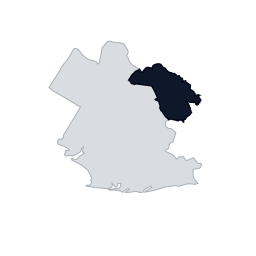 Haut-Ogooué highlighted on a map of Gabon, rotated 301°
{"feature_id": "GAB-2627", "entity_name": "Haut-Ogooué", "entity_type": "Province", "adm_level": 1, "iso_a3": "GAB", "parent_name": "Gabon", "parent_adm1": "", "projection": "natural_earth1", "projection_center": [13.705, -1.23], "detail": "fine", "context": "in_parent", "style": "filled", "palette": "ink", "viewbox_px": 256, "rotation_deg": 301, "n_neighbors": 0, "source": "natural_earth", "source_scale": "10m", "svg_char_len": 7439}
<svg xmlns="http://www.w3.org/2000/svg" viewBox="0 0 256 256"><g transform="rotate(301 128 128)"><path d="M169.7,43.5L169.5,45.4L167.6,50.3L166.7,54.1L166.4,58.1L167.0,61.3L167.9,63.6L168.5,66.1L168.1,67.8L167.1,68.6L167.8,69.5L169.2,69.7L171.6,68.9L175.3,67.6L180.2,65.7L183.4,64.6L188.7,65.3L191.5,66.0L193.0,67.4L194.5,73.1L195.3,74.0L196.6,76.4L197.6,79.3L197.9,80.8L197.7,81.9L196.7,83.5L195.5,85.8L195.0,87.2L194.0,88.3L192.7,89.3L189.2,89.7L188.7,90.3L187.7,92.8L185.8,94.9L185.0,96.9L184.2,99.6L184.4,102.9L184.0,107.6L183.6,110.8L184.5,111.9L188.8,112.7L189.6,113.3L190.7,115.3L192.1,117.2L196.0,118.4L197.5,119.8L198.7,121.3L198.9,122.6L198.0,127.8L197.2,132.7L197.5,136.5L197.8,140.0L198.3,145.3L198.1,148.4L197.0,150.4L197.0,151.9L197.5,153.8L196.5,158.8L195.9,159.7L194.1,160.6L193.2,162.0L193.0,164.2L192.0,167.1L191.1,168.2L191.1,169.5L192.0,170.5L192.0,172.1L190.2,173.9L189.2,175.3L186.9,175.9L184.3,175.2L183.7,174.2L184.3,172.6L184.1,171.4L183.2,170.0L181.7,166.6L180.5,165.9L179.8,167.3L177.7,169.9L173.9,173.2L171.2,173.5L166.3,172.5L162.2,170.9L160.3,167.0L159.1,163.8L157.4,160.0L155.4,158.3L153.3,157.1L152.4,157.0L149.4,159.1L148.5,159.9L148.5,161.7L148.7,163.3L149.2,164.1L149.6,165.2L149.5,166.8L149.0,169.0L148.8,171.4L139.4,173.7L137.8,172.9L136.6,171.8L135.2,172.0L131.1,173.2L129.6,172.4L128.1,171.7L127.4,172.2L127.4,173.3L128.1,178.9L127.9,181.1L126.9,183.9L126.5,185.8L129.0,186.3L129.9,187.2L130.7,188.6L131.9,190.0L132.0,190.8L130.7,192.2L130.2,194.1L130.8,195.5L132.5,197.0L135.0,198.5L136.2,199.5L136.1,200.4L135.0,202.4L134.5,204.1L133.7,205.6L133.9,207.0L135.0,208.3L134.9,209.4L134.1,210.3L132.6,210.1L131.3,210.2L130.1,209.9L126.4,205.4L125.6,205.3L120.3,208.7L119.0,210.1L117.9,212.2L116.5,216.5L114.0,214.0L111.9,209.3L109.5,206.4L104.4,201.8L103.0,198.4L97.2,190.8L88.8,183.3L82.7,176.7L81.8,175.3L82.8,175.5L88.7,178.7L89.5,178.4L90.1,177.6L87.6,175.9L85.2,174.6L82.9,173.7L80.6,173.8L79.4,172.4L78.5,170.3L78.1,168.5L77.1,166.6L73.9,162.8L73.1,161.3L71.3,159.2L72.4,158.9L75.9,160.9L76.2,160.1L75.9,159.0L72.4,157.1L70.5,157.0L70.1,155.7L70.3,154.2L67.9,148.5L65.3,144.3L64.9,142.3L71.8,151.5L72.8,151.6L74.0,151.6L76.9,150.5L76.3,149.3L75.0,148.0L73.8,148.6L72.1,148.7L71.3,148.2L70.9,147.2L72.5,142.7L71.8,143.0L71.3,143.8L70.4,144.1L69.0,144.4L65.6,142.0L62.5,135.5L61.7,134.2L60.9,132.0L60.1,131.0L56.7,121.8L58.0,122.5L59.6,125.2L62.7,124.6L63.9,123.1L64.9,123.1L66.0,122.8L67.3,121.3L71.3,115.0L72.3,106.7L72.0,101.7L71.4,96.8L72.7,95.2L73.2,96.3L73.5,98.0L74.1,99.3L75.5,100.5L78.1,100.8L82.1,102.6L83.6,103.8L84.0,101.4L88.6,99.5L87.2,98.8L83.1,99.5L77.4,96.6L75.5,94.7L73.8,91.2L72.0,89.3L72.1,87.6L76.2,86.1L77.2,86.3L77.7,88.1L78.8,88.8L79.2,88.6L79.4,87.0L79.4,82.8L78.1,76.8L78.5,75.6L79.6,75.2L80.6,74.4L81.3,74.3L82.7,74.4L83.4,75.8L83.8,76.6L85.2,76.9L86.3,77.7L87.3,77.5L88.1,76.6L89.3,76.4L93.0,76.4L96.4,76.5L103.0,76.5L109.7,76.5L116.4,76.5L121.5,76.5L121.4,73.1L121.4,67.8L121.4,61.5L121.4,55.5L121.3,49.9L121.3,43.3L121.6,41.4L121.9,40.6L121.8,39.5L127.0,39.5L136.3,39.9L140.4,39.9L141.6,40.0L146.7,39.6L150.9,40.0L152.6,40.5L154.2,40.7L159.2,41.0L165.7,40.7L167.9,40.8L169.1,41.7L169.7,43.5Z" fill="#d9dde1" stroke="#a8b0b8" stroke-width="1"/><path d="M184.3,107.6L183.2,109.4L182.9,110.1L182.9,110.9L184.0,112.4L184.2,112.6L184.3,112.5L184.7,112.4L184.8,112.3L184.8,112.1L184.9,111.9L185.1,111.8L186.0,111.9L186.2,112.0L186.4,112.2L186.6,112.5L187.5,112.2L188.5,112.4L189.4,112.9L190.0,113.6L190.5,114.6L190.8,115.7L190.9,116.9L191.0,118.0L191.4,117.7L191.8,117.6L192.2,117.6L192.7,117.8L193.1,117.9L193.5,117.7L193.8,117.5L194.3,117.4L194.9,117.7L195.9,118.2L196.7,118.8L197.3,119.6L198.2,120.4L198.5,120.8L199.1,122.1L199.3,123.0L199.2,123.9L198.2,126.4L198.0,127.1L198.0,127.8L198.2,128.5L198.3,129.4L198.0,130.0L197.6,130.6L197.2,131.3L197.1,131.9L197.0,133.1L196.7,133.7L196.7,134.2L197.4,136.4L197.7,137.0L197.7,137.3L197.7,137.6L197.6,138.1L197.6,138.3L197.8,138.7L197.9,138.8L198.3,139.3L198.5,139.6L198.5,139.9L198.5,140.8L198.4,141.4L198.3,141.7L198.2,142.0L197.8,142.4L197.6,142.6L197.5,142.9L197.7,143.5L198.1,143.9L198.9,144.6L199.1,145.1L198.9,145.5L198.6,145.7L198.3,146.0L198.2,146.3L198.2,147.0L197.8,147.8L198.2,148.2L198.4,148.7L198.5,149.1L197.6,149.3L197.5,149.5L197.4,149.9L197.2,150.2L197.0,150.4L196.8,150.5L196.3,150.7L196.0,150.9L196.2,151.1L196.7,151.4L197.0,152.6L197.4,152.7L197.9,152.8L198.1,153.0L197.5,153.4L197.2,153.8L197.1,154.4L197.0,156.7L196.8,157.4L196.8,157.7L197.0,158.9L196.8,159.3L196.2,159.7L196.1,159.8L193.3,161.0L193.1,161.3L193.0,161.5L192.9,161.7L192.9,162.0L192.8,162.3L192.8,162.5L193.1,162.8L193.2,163.0L193.2,163.3L193.1,163.9L192.9,165.4L192.8,165.8L192.6,166.0L192.2,166.2L192.1,166.3L192.1,166.6L192.2,167.1L192.2,167.3L191.9,167.7L191.0,168.1L190.7,168.4L190.8,169.3L192.6,171.2L192.8,172.1L192.7,172.0L191.5,172.3L191.3,172.4L191.1,172.6L190.6,173.1L190.4,173.3L190.3,173.6L190.3,174.4L190.1,174.6L189.9,174.8L189.7,175.1L189.5,175.6L189.4,176.0L189.0,176.2L188.8,176.1L188.4,175.8L188.2,175.8L186.9,176.3L186.7,176.3L186.5,176.1L186.5,175.6L186.2,175.4L185.8,175.5L185.3,175.8L184.8,175.9L184.2,175.9L183.7,175.7L183.3,175.3L183.3,175.1L183.3,174.0L183.5,173.8L184.0,173.5L184.3,172.6L184.6,172.4L184.7,172.2L184.4,171.7L184.2,171.5L183.9,171.3L183.7,171.1L183.6,170.3L183.5,170.1L183.0,169.5L182.7,169.0L182.1,167.7L181.9,166.5L181.7,165.9L181.4,165.4L181.1,165.0L180.8,164.8L180.7,164.7L180.7,164.9L180.2,165.8L179.9,166.3L179.8,166.7L179.8,167.2L179.7,167.5L179.5,167.8L177.6,169.9L177.5,170.2L177.4,170.8L177.3,171.1L177.0,171.3L176.5,171.5L176.2,171.7L175.9,171.9L175.6,172.4L175.4,172.7L174.6,173.3L174.3,173.6L174.2,173.9L174.1,174.1L174.0,174.4L173.7,174.5L173.4,174.1L173.2,174.1L172.9,174.2L172.2,174.1L171.8,174.2L171.3,174.2L167.0,172.3L166.8,172.3L166.5,172.3L166.0,172.6L165.8,172.7L165.3,172.6L163.7,171.7L163.1,171.6L162.7,171.7L162.3,172.2L162.0,172.6L161.7,172.6L161.6,172.4L161.7,172.1L162.0,171.9L162.1,171.7L162.2,171.4L162.3,171.2L162.3,170.9L162.4,170.6L162.5,170.4L162.7,170.2L162.6,169.8L162.4,169.8L162.2,169.6L162.1,169.4L162.0,168.6L161.8,168.3L161.3,167.4L161.1,167.2L160.5,167.5L160.2,167.5L160.0,167.0L160.0,166.7L159.9,166.5L159.6,166.2L159.6,165.8L159.7,165.6L159.7,165.4L159.8,165.3L159.9,165.1L159.4,165.0L159.3,164.8L159.4,164.6L159.3,163.8L159.2,163.7L158.8,163.2L158.7,163.0L158.5,162.4L157.9,160.4L157.6,159.7L157.2,159.3L156.2,158.9L156.1,158.7L156.5,157.6L156.6,156.8L157.0,156.0L157.0,155.7L156.9,155.1L156.9,154.8L158.8,150.5L159.2,149.9L159.3,149.6L159.4,149.3L159.6,149.0L159.8,148.7L159.9,148.4L159.9,147.6L160.0,147.3L160.2,146.9L160.4,146.6L160.7,146.4L160.9,146.2L161.1,145.9L161.2,145.4L161.5,145.1L162.2,144.7L162.4,144.7L162.5,144.7L162.9,144.7L163.1,144.6L163.4,144.4L163.6,144.2L163.8,143.9L164.2,143.4L164.4,143.1L164.6,143.0L165.0,142.8L165.2,142.6L165.6,141.8L165.9,141.5L166.1,141.3L166.4,141.2L166.5,140.9L166.6,140.3L166.7,139.1L166.6,138.1L166.3,137.0L166.3,136.8L166.5,136.6L168.3,137.6L168.8,138.0L169.0,138.0L169.1,137.8L173.1,132.2L176.2,126.9L176.2,126.5L176.0,125.8L169.9,111.8L169.7,111.6L169.4,111.5L169.2,111.4L168.9,111.3L168.7,111.1L168.6,110.8L168.6,110.4L168.5,109.8L168.3,108.7L168.2,108.4L168.0,108.2L167.9,108.0L168.1,107.7L168.7,106.7L169.3,105.3L169.4,103.9L174.0,104.1L174.9,104.0L175.3,104.1L180.2,105.3L180.7,105.5L181.3,105.9L182.5,106.9L184.3,107.6L184.3,107.6Z" fill="#0f172a" stroke="#020617" stroke-width="1.5"/></g></svg>